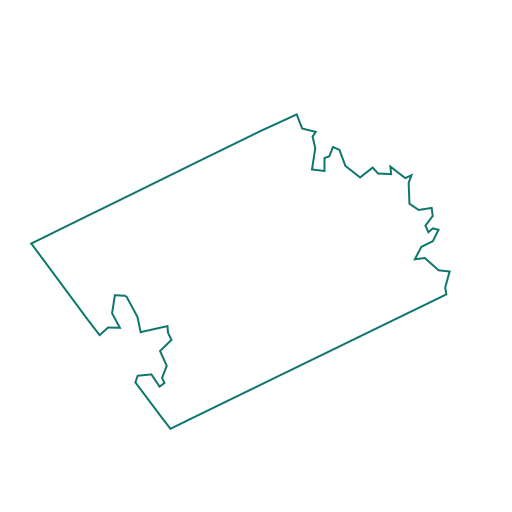 the district of Pittsylvania, Virginia, United States of America, rotated 53°
{"feature_id": "52423323B30264122776798", "entity_name": "Pittsylvania", "entity_type": "district", "adm_level": 2, "iso_a3": "USA", "parent_name": "United States of America", "parent_adm1": "Virginia", "projection": "natural_earth1", "projection_center": [-79.393, 36.839], "detail": "fine", "context": "isolated", "style": "outline", "palette": "teal", "viewbox_px": 512, "rotation_deg": 53, "n_neighbors": 0, "source": "geoboundaries", "source_scale": "gbopen_adm2", "svg_char_len": 1007}
<svg xmlns="http://www.w3.org/2000/svg" viewBox="0 0 512 512"><g transform="rotate(53 256 256)"><path d="M284.4,428.4L327.9,428.5L342.5,428.3L346.9,405.3L370.6,283.7L401.2,127.1L395.0,123.8L384.9,110.7L377.3,118.8L359.2,122.4L354.2,131.1L348.2,118.4L350.6,105.8L344.9,94.5L340.4,98.1L340.7,104.0L333.7,102.4L330.4,90.8L323.3,86.8L317.1,98.4L306.6,102.0L289.4,90.0L285.1,83.3L283.6,89.9L265.5,94.9L271.9,98.8L263.6,108.9L255.6,109.6L255.9,125.6L237.8,130.4L221.5,125.5L215.3,128.9L220.5,137.5L219.0,142.3L229.3,150.2L220.6,159.2L205.7,143.9L194.6,138.9L192.8,133.6L182.0,142.4L167.4,138.3L158.9,177.2L145.6,246.0L126.7,345.0L122.7,365.5L122.2,368.1L110.8,428.0L133.0,428.1L204.8,428.7L206.2,428.7L225.1,428.5L224.1,417.2L231.4,407.9L215.1,405.4L202.4,392.3L208.8,384.7L210.7,383.9L233.2,387.3L247.5,394.0L248.1,392.3L258.7,368.9L264.4,372.5L272.1,374.0L274.1,389.8L290.0,393.4L296.8,404.4L302.3,405.5L302.3,411.6L287.6,410.8L280.4,422.6L284.4,428.4Z" fill="none" stroke="#0f766e" stroke-width="2"/></g></svg>